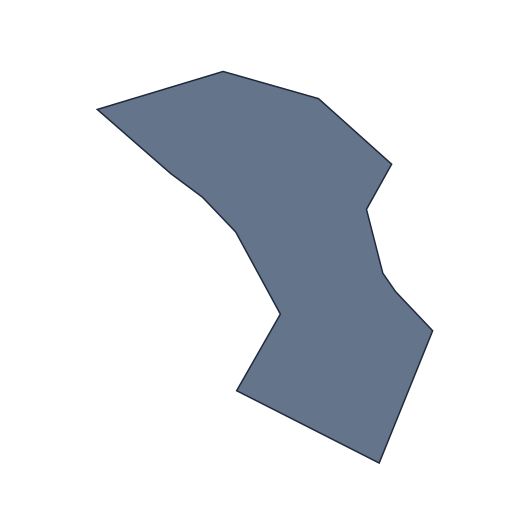 the Municipality of Dornava, rotated 284°
{"feature_id": "SVN-1040", "entity_name": "Dornava", "entity_type": "Municipality", "adm_level": 1, "iso_a3": "SVN", "parent_name": "Slovenia", "parent_adm1": "", "projection": "orthographic", "projection_center": [16.001, 46.454], "detail": "fine", "context": "isolated", "style": "filled", "palette": "slate", "viewbox_px": 512, "rotation_deg": 284, "n_neighbors": 0, "source": "natural_earth", "source_scale": "10m", "svg_char_len": 349}
<svg xmlns="http://www.w3.org/2000/svg" viewBox="0 0 512 512"><g transform="rotate(284 256 256)"><path d="M377.9,365.4L328.0,351.9L270.0,383.2L255.2,400.0L226.2,445.5L84.9,425.6L120.6,269.8L205.5,293.7L274.4,230.5L300.1,189.8L315.4,153.2L359.8,66.5L427.1,179.4L423.8,278.6L377.9,365.4Z" fill="#64748b" stroke="#1e293b" stroke-width="1.5"/></g></svg>